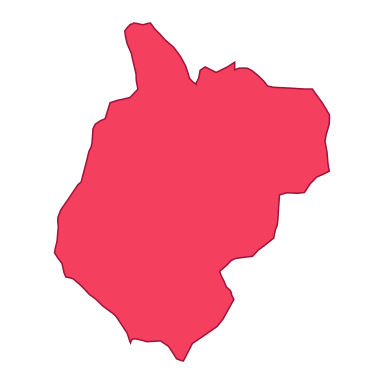 outline of Tooz Khurmato, Sala ad-Din, Iraq
{"feature_id": "34846034B84892780097972", "entity_name": "Tooz Khurmato", "entity_type": "district", "adm_level": 2, "iso_a3": "IRQ", "parent_name": "Iraq", "parent_adm1": "Sala ad-Din", "projection": "equal_earth", "projection_center": [44.642, 34.819], "detail": "fine", "context": "isolated", "style": "filled", "palette": "rose", "viewbox_px": 384, "rotation_deg": 0, "n_neighbors": 0, "source": "geoboundaries", "source_scale": "gbopen_adm2", "svg_char_len": 1860}
<svg xmlns="http://www.w3.org/2000/svg" viewBox="0 0 384 384"><path d="M130.5,342.9L130.9,341.7L132.2,339.2L135.4,338.8L140.9,340.0L147.0,341.7L160.5,340.9L168.6,346.4L176.6,358.8L181.1,360.5L183.4,361.0L192.4,343.5L205.6,334.5L217.2,326.4L223.0,319.1L230.3,305.9L233.9,299.5L231.6,294.8L231.3,292.7L230.3,290.5L226.2,286.7L224.2,281.6L221.3,276.0L219.7,271.3L227.1,264.9L231.0,260.7L235.1,258.6L243.8,257.3L252.5,256.4L258.3,250.0L264.7,245.3L273.7,238.1L275.3,230.0L275.8,228.7L277.2,225.3L277.9,219.3L278.5,209.1L279.5,195.0L286.2,192.9L290.7,192.9L297.5,193.3L304.5,192.5L310.0,184.0L316.7,177.1L323.2,174.2L329.3,171.2L328.0,163.9L327.0,152.0L325.0,141.4L326.0,135.4L329.2,124.3L329.5,117.5L329.5,115.0L327.3,111.2L326.6,109.9L322.1,102.6L315.0,92.8L312.4,89.0L304.1,89.0L289.7,88.1L273.6,87.3L267.5,86.0L263.6,80.9L257.9,75.4L252.1,70.7L248.2,68.6L246.3,68.1L243.1,68.1L239.2,68.1L234.7,69.8L234.7,62.2L227.4,66.9L218.0,71.5L216.1,72.4L205.2,66.9L200.1,70.3L198.8,77.9L196.2,83.0L196.2,84.3L192.7,81.8L189.5,78.4L188.2,73.7L185.6,66.0L181.1,57.5L178.2,53.3L173.7,47.3L164.8,39.6L159.6,33.7L155.1,29.4L152.6,26.0L150.4,23.0L147.3,23.5L143.5,24.7L140.4,24.3L137.3,23.5L133.6,23.0L132.6,23.9L130.4,24.3L127.6,27.2L124.8,30.9L125.4,36.2L127.0,43.3L131.4,53.6L132.3,58.1L136.0,73.8L136.3,80.8L137.9,89.1L136.9,90.3L130.1,97.4L123.9,99.0L117.9,100.2L110.1,102.7L105.1,118.8L100.8,120.5L95.2,124.2L93.0,128.8L92.0,143.2L91.1,146.9L88.9,151.5L86.4,161.8L82.3,177.5L81.1,182.1L78.0,184.6L71.7,194.0L68.9,198.2L60.8,209.8L58.0,217.2L57.7,221.0L58.3,226.7L57.6,234.6L57.0,241.2L55.4,247.8L54.5,252.8L57.7,257.8L62.0,263.5L64.0,272.6L65.8,277.0L70.9,278.0L73.4,279.0L78.0,283.0L80.5,285.1L85.1,289.8L89.4,294.5L95.5,298.9L103.1,306.3L114.5,314.7L116.8,317.4L127.2,333.2L129.0,338.7L129.6,340.8L130.5,342.9Z" fill="#f43f5e" stroke="#9f1239" stroke-width="1.5"/></svg>